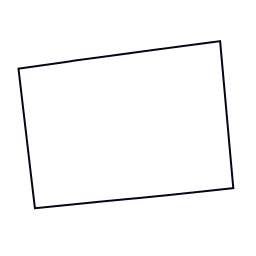 outline of Rockingham, North Carolina, United States of America, rotated 352°
{"feature_id": "52423323B98721671056324", "entity_name": "Rockingham", "entity_type": "district", "adm_level": 2, "iso_a3": "USA", "parent_name": "United States of America", "parent_adm1": "North Carolina", "projection": "mercator", "projection_center": [-79.829, 36.392], "detail": "fine", "context": "isolated", "style": "outline", "palette": "ink", "viewbox_px": 256, "rotation_deg": 352, "n_neighbors": 0, "source": "geoboundaries", "source_scale": "gbopen_adm2", "svg_char_len": 465}
<svg xmlns="http://www.w3.org/2000/svg" viewBox="0 0 256 256"><g transform="rotate(352 128 128)"><path d="M223.9,202.2L224.1,198.7L224.1,198.1L231.3,54.8L170.6,54.3L170.4,54.3L151.6,54.2L83.3,53.8L81.6,53.9L76.4,54.0L70.3,54.0L51.7,54.0L41.7,54.0L27.8,54.0L25.4,159.9L24.9,182.8L24.8,188.4L24.7,194.4L24.7,194.5L24.9,194.5L91.1,197.1L124.2,198.6L125.3,198.7L137.7,199.2L137.8,199.2L157.3,200.0L223.9,202.2Z" fill="none" stroke="#020617" stroke-width="2"/></g></svg>